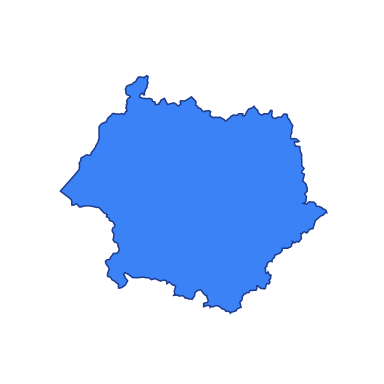 Dytikis Makedonias, Dytiki Makedonia, Greece, rotated 311°
{"feature_id": "26713481B79624114853188", "entity_name": "Dytikis Makedonias", "entity_type": "district", "adm_level": 2, "iso_a3": "GRC", "parent_name": "Greece", "parent_adm1": "Dytiki Makedonia", "projection": "natural_earth1", "projection_center": [21.387, 40.387], "detail": "fine", "context": "isolated", "style": "filled", "palette": "blue", "viewbox_px": 384, "rotation_deg": 311, "n_neighbors": 0, "source": "geoboundaries", "source_scale": "gbopen_adm2", "svg_char_len": 5997}
<svg xmlns="http://www.w3.org/2000/svg" viewBox="0 0 384 384"><g transform="rotate(311 192 192)"><path d="M243.2,76.0L242.7,76.5L241.4,76.3L238.6,77.0L237.4,76.8L236.3,76.1L234.4,76.1L232.8,75.3L232.4,75.0L231.8,74.6L229.4,73.4L228.9,73.4L226.1,74.2L225.6,74.5L225.4,75.4L224.5,76.1L223.6,76.7L223.4,77.1L222.6,79.0L223.2,80.1L223.5,81.0L223.6,82.3L223.4,83.0L221.5,82.7L220.6,82.4L219.1,82.6L217.5,83.2L217.3,83.4L216.9,84.6L216.3,85.2L216.1,85.3L215.6,85.0L215.0,85.1L214.5,85.4L214.0,86.1L212.8,87.1L212.6,86.8L212.1,86.9L211.3,88.7L210.9,89.3L210.3,89.9L209.3,89.2L208.8,89.2L206.9,89.8L206.4,89.8L205.8,89.8L205.6,89.4L205.7,89.1L205.6,88.8L205.4,87.9L205.2,87.6L203.2,86.5L202.1,84.5L201.4,83.9L200.7,82.9L199.9,81.3L198.8,80.5L197.7,80.8L192.9,80.0L188.5,81.2L184.5,79.0L181.8,78.9L180.3,79.0L171.7,86.5L170.2,87.3L168.1,88.2L166.0,88.8L164.4,88.9L162.5,89.7L158.3,90.2L156.4,90.2L155.2,90.3L153.7,91.3L152.6,90.7L151.7,89.4L151.4,88.6L150.8,88.1L149.6,87.5L148.4,87.2L147.9,87.2L146.0,86.2L144.9,86.0L144.2,86.2L143.8,86.5L143.2,87.2L142.5,87.5L139.7,87.9L138.5,89.5L135.5,91.8L133.8,92.1L129.9,92.3L106.3,92.1L107.1,104.0L107.0,105.4L106.9,106.0L106.0,107.5L105.5,108.0L103.3,109.8L103.4,110.3L105.1,111.8L106.6,111.9L106.8,112.0L107.1,113.0L107.2,113.7L107.2,115.0L106.8,116.5L107.0,117.1L107.6,117.8L111.2,120.2L114.1,123.5L116.0,126.6L117.6,129.7L118.9,131.5L119.3,132.2L118.6,138.1L118.6,139.7L119.0,140.8L119.2,143.0L118.4,143.0L117.2,143.6L117.8,145.9L117.4,147.3L116.9,147.9L116.4,148.3L117.5,151.3L117.5,152.5L117.4,153.0L116.8,153.8L116.6,154.9L116.7,155.2L115.3,156.2L114.6,156.2L113.4,155.9L112.6,156.0L110.8,156.8L110.3,157.3L109.7,158.4L109.4,159.4L109.4,160.6L108.0,161.4L105.9,162.9L104.3,163.6L104.0,164.1L103.6,165.6L103.5,166.3L103.5,166.6L104.3,168.2L104.2,170.3L103.6,170.8L102.8,171.2L102.7,171.4L102.1,172.6L101.3,174.6L100.6,175.0L97.5,175.8L97.1,175.7L95.7,174.8L94.9,173.7L93.8,172.9L92.0,173.3L89.0,173.4L87.8,174.1L86.4,173.6L86.0,173.3L85.6,172.7L84.8,172.3L83.2,172.1L82.9,172.2L82.3,172.8L81.4,174.3L81.0,175.5L81.0,176.4L80.8,177.3L80.3,178.6L79.4,180.3L78.6,180.5L77.8,180.6L76.4,181.3L75.3,181.7L74.6,182.1L73.4,183.1L73.2,183.4L73.0,184.0L73.1,184.3L73.7,185.3L74.2,186.2L74.1,186.9L73.3,189.1L73.6,190.6L73.9,191.9L74.1,193.0L73.9,194.3L74.0,196.8L73.8,197.3L73.0,198.1L72.5,198.3L71.4,199.5L71.3,199.8L73.8,201.7L78.2,202.7L82.8,201.6L83.6,197.5L84.6,196.1L85.0,194.4L87.1,194.1L88.2,198.4L88.4,203.3L92.0,207.6L95.8,211.0L97.0,213.4L98.9,215.6L99.3,219.0L102.3,220.8L104.1,226.7L106.4,227.9L107.9,230.0L108.0,231.3L106.3,233.2L106.8,233.6L108.8,233.4L109.2,233.9L109.1,238.7L110.0,239.6L110.2,241.5L105.3,243.8L104.1,245.7L102.0,246.0L104.7,248.7L105.0,250.6L107.5,252.8L107.9,254.5L107.5,256.6L109.0,258.5L109.1,259.8L110.5,261.2L111.0,262.5L115.1,262.1L118.3,260.2L121.7,261.0L124.0,262.8L122.9,267.3L122.9,270.0L123.5,271.1L122.7,271.7L121.1,274.9L120.2,275.8L119.2,276.1L118.1,275.7L116.5,274.3L115.3,274.1L113.3,275.8L114.2,275.9L114.1,276.8L115.4,277.2L117.0,278.6L117.5,280.0L118.1,280.3L117.1,281.3L117.9,281.2L118.0,282.0L119.6,283.5L121.5,284.3L122.5,285.3L123.7,288.2L123.4,290.9L124.8,293.9L124.1,295.6L125.7,297.4L126.2,299.4L125.7,300.4L126.8,300.4L131.4,303.3L132.5,302.8L134.2,303.0L137.2,304.7L140.3,300.3L143.0,300.6L144.5,299.9L146.0,298.5L147.7,298.6L148.8,298.1L150.2,299.1L152.3,299.5L153.3,300.9L155.8,300.5L159.9,304.8L161.8,304.2L163.6,302.3L164.2,303.0L164.4,307.2L166.5,310.3L167.5,310.6L170.4,308.9L171.9,308.7L172.7,309.2L173.0,310.3L174.7,310.2L175.4,309.7L175.9,307.9L177.8,308.2L181.1,306.2L180.2,304.8L181.6,301.7L179.6,301.8L179.1,301.2L180.2,299.6L181.9,298.4L182.3,297.0L183.0,296.7L184.7,297.4L185.8,296.4L187.9,295.7L190.0,295.7L191.2,296.7L191.9,298.1L193.8,296.7L196.7,297.2L198.6,295.8L200.2,296.9L204.1,298.6L207.0,298.4L208.8,297.1L212.5,301.3L213.3,301.3L215.0,302.4L216.7,302.4L217.9,301.4L219.7,301.6L220.6,300.4L221.1,302.9L223.5,303.7L224.1,305.1L224.9,305.4L228.7,305.1L231.9,301.5L232.9,302.4L234.9,302.4L236.1,303.6L236.2,305.4L237.8,305.6L239.6,305.1L242.8,306.2L242.9,306.9L243.8,307.3L251.2,303.9L258.1,304.8L260.7,306.2L264.3,306.2L264.7,307.3L265.8,305.9L266.0,303.9L265.0,301.5L265.4,300.4L264.5,297.4L262.8,295.1L264.3,293.0L264.3,290.7L261.3,286.8L258.0,286.4L256.5,283.4L258.3,284.3L259.9,284.0L263.6,281.4L264.5,278.2L268.1,278.4L271.0,275.9L271.3,274.7L272.7,273.0L273.1,268.3L279.0,265.3L279.2,264.4L278.4,262.7L278.7,261.8L280.1,261.2L282.0,261.4L283.3,261.1L283.5,258.2L285.4,256.0L286.4,255.5L290.1,251.8L292.1,250.4L294.2,246.3L297.0,243.6L294.6,239.9L295.5,237.9L297.1,236.4L299.1,239.0L300.5,239.6L300.6,236.1L299.2,233.9L297.2,232.1L297.6,230.8L299.2,229.4L302.4,228.3L304.2,226.5L308.2,224.5L309.1,220.9L310.6,217.7L310.6,215.8L311.7,214.1L312.7,213.6L312.7,212.0L310.9,210.1L307.0,210.4L305.1,207.9L302.2,206.5L301.3,205.4L301.2,203.9L302.0,201.9L305.8,199.3L305.9,198.8L305.2,197.7L301.1,198.4L298.4,195.0L296.3,194.5L295.3,193.3L295.3,190.3L296.9,187.5L296.6,185.7L297.4,182.5L295.0,182.3L291.7,180.3L288.4,180.7L285.0,181.7L283.5,181.5L282.7,180.1L284.4,179.1L281.8,176.0L279.2,175.6L277.1,172.6L274.2,171.7L273.1,172.1L269.8,171.1L268.3,171.3L267.3,170.4L267.8,168.6L266.7,163.7L265.5,163.1L264.0,160.9L261.8,158.8L261.7,156.7L261.2,155.9L262.5,154.5L264.9,153.3L264.7,151.7L261.8,148.8L260.5,148.3L259.9,147.3L260.6,144.1L260.3,142.6L259.4,141.6L260.3,140.2L259.9,137.8L262.8,135.8L263.5,129.2L257.2,127.4L255.3,126.1L253.5,123.5L252.1,124.0L251.3,126.0L250.2,125.5L248.8,125.8L247.7,124.4L248.0,122.7L247.4,119.8L242.0,116.1L244.6,109.7L240.7,108.3L239.0,109.1L237.8,108.7L236.8,109.5L233.9,107.1L235.6,105.0L234.5,102.7L235.6,101.2L235.5,100.3L234.5,98.1L232.8,96.9L232.2,95.5L230.7,93.9L229.2,90.2L231.3,89.0L233.8,89.4L234.1,90.0L233.4,91.5L234.2,92.4L235.7,90.8L237.6,90.3L237.9,89.8L241.4,89.4L243.2,88.0L245.7,87.1L246.6,85.3L250.3,83.2L250.1,81.4L248.3,81.2L247.0,80.4L246.6,80.8L245.0,77.4L243.2,76.0Z" fill="#3b82f6" stroke="#1e3a8a" stroke-width="1.5"/></g></svg>